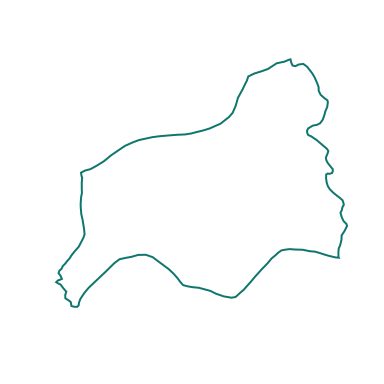 Pleebo/Sodoken, Maryland, Liberia, rotated 349°
{"feature_id": "62588387B59551016114373", "entity_name": "Pleebo/Sodoken", "entity_type": "district", "adm_level": 2, "iso_a3": "LBR", "parent_name": "Liberia", "parent_adm1": "Maryland", "projection": "albers", "projection_center": [-7.677, 4.55], "detail": "fine", "context": "isolated", "style": "outline", "palette": "teal", "viewbox_px": 384, "rotation_deg": 349, "n_neighbors": 0, "source": "geoboundaries", "source_scale": "gbopen_adm2", "svg_char_len": 2844}
<svg xmlns="http://www.w3.org/2000/svg" viewBox="0 0 384 384"><g transform="rotate(349 192 192)"><path d="M59.4,280.7L60.0,279.0L60.6,278.0L62.0,275.7L67.0,270.6L72.3,266.3L84.7,258.4L92.3,253.6L102.2,247.0L108.2,244.1L110.7,244.1L115.3,244.0L119.6,244.1L120.0,244.1L127.1,243.5L134.7,244.8L141.0,248.5L146.7,254.8L150.1,258.5L154.3,263.1L158.2,268.5L161.3,273.7L163.5,278.4L165.6,281.8L170.3,284.0L171.9,284.6L174.9,285.7L180.4,287.3L186.3,290.2L191.2,292.6L195.6,296.0L196.3,296.5L203.2,300.5L210.6,303.3L211.3,303.3L214.7,303.4L216.7,302.2L220.3,300.0L224.2,297.8L228.8,294.2L232.8,291.2L238.2,286.8L245.8,281.1L249.4,278.6L252.8,276.2L257.3,272.5L258.6,271.8L261.9,270.0L264.9,268.1L268.6,266.4L272.5,266.4L277.0,266.7L282.5,268.2L289.6,269.8L296.3,272.6L301.3,274.0L304.4,275.6L305.6,276.2L310.5,278.9L314.4,280.9L320.4,283.6L323.6,284.5L323.4,283.5L324.2,279.1L325.2,275.6L327.4,272.3L329.7,267.2L330.6,263.1L334.2,259.5L337.7,255.0L337.5,252.8L335.3,249.6L334.8,247.9L334.1,244.9L333.8,240.7L335.4,238.7L336.8,235.6L338.6,233.5L338.5,230.8L338.2,228.8L335.9,225.9L333.7,223.4L330.5,219.6L327.8,215.6L326.5,212.3L326.0,208.5L326.1,207.0L326.2,204.2L327.1,200.4L328.6,199.8L330.1,200.3L331.4,200.3L333.1,200.1L334.2,198.4L334.5,196.4L332.9,193.5L330.7,189.2L329.9,186.3L330.0,183.9L331.1,182.0L332.4,180.1L333.6,177.9L332.9,175.7L330.0,172.0L324.2,164.7L319.4,159.9L317.0,158.3L316.4,156.2L316.6,153.8L318.1,151.8L323.1,149.9L325.8,149.9L327.6,149.9L330.8,149.0L334.0,146.1L336.4,142.2L338.2,138.4L341.0,134.2L342.5,129.8L342.4,127.8L340.2,125.5L336.8,121.1L336.3,119.3L335.7,116.7L336.3,113.2L335.6,108.7L334.2,102.8L332.6,98.3L328.9,91.0L325.7,87.5L321.1,87.2L317.5,88.2L314.8,87.0L314.1,83.7L314.0,80.6L312.4,80.7L307.4,81.7L299.7,81.8L289.9,85.8L289.5,85.8L283.2,86.8L281.9,86.9L275.7,87.6L269.3,89.3L267.1,93.2L264.0,97.2L261.5,100.6L255.1,108.3L251.3,115.8L247.0,122.0L245.9,122.9L242.4,125.6L239.0,127.3L233.0,130.4L226.2,131.9L221.5,133.0L217.9,133.4L213.6,133.8L206.6,134.1L202.3,134.4L196.5,134.2L195.0,134.0L188.4,133.0L183.8,132.5L182.4,132.3L171.2,131.1L163.6,130.6L149.8,130.9L143.3,132.0L139.5,132.9L135.1,133.9L129.9,136.1L119.7,140.5L111.4,145.0L103.5,148.0L96.6,150.2L91.5,150.5L87.9,151.5L86.8,151.8L86.6,154.9L86.9,157.2L85.6,161.6L84.3,168.4L83.8,171.9L83.1,173.5L82.7,174.6L81.9,176.7L80.2,183.5L79.8,186.3L79.1,192.5L79.3,198.9L79.2,201.3L79.0,207.4L78.5,213.0L78.2,213.5L76.6,216.3L73.6,220.1L70.4,224.1L65.2,228.1L61.7,231.1L61.4,231.4L59.2,233.8L56.5,235.8L54.5,237.6L53.6,238.3L51.0,240.1L49.1,242.7L47.0,243.7L45.5,246.2L46.7,248.5L47.0,249.2L47.7,252.5L44.4,253.2L43.8,253.1L41.5,254.6L43.4,256.4L45.3,257.7L47.2,261.7L49.0,264.9L49.6,265.8L48.4,268.0L47.9,268.9L47.4,272.2L50.0,274.6L52.0,276.9L51.9,280.9L54.5,282.2L57.5,282.8L59.2,281.5L59.4,280.7Z" fill="none" stroke="#0f766e" stroke-width="2"/></g></svg>